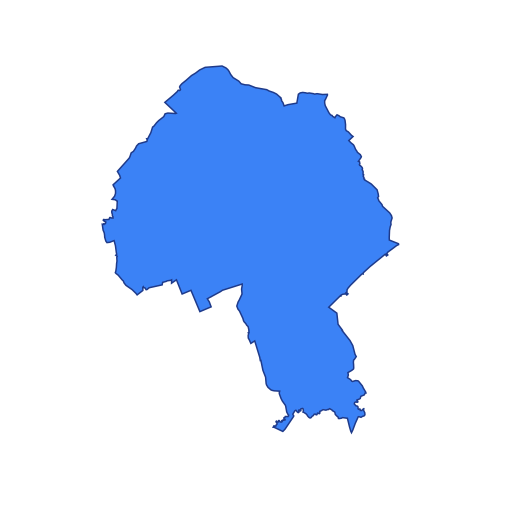 the district of Tauteu, Bihor, Romania, rotated 165°
{"feature_id": "2599482B27968189683607", "entity_name": "Tauteu", "entity_type": "district", "adm_level": 2, "iso_a3": "ROU", "parent_name": "Romania", "parent_adm1": "Bihor", "projection": "mercator", "projection_center": [22.342, 47.279], "detail": "fine", "context": "isolated", "style": "filled", "palette": "blue", "viewbox_px": 512, "rotation_deg": 165, "n_neighbors": 0, "source": "geoboundaries", "source_scale": "gbopen_adm2", "svg_char_len": 6026}
<svg xmlns="http://www.w3.org/2000/svg" viewBox="0 0 512 512"><g transform="rotate(165 256 256)"><path d="M396.2,276.3L395.7,275.3L394.1,273.2L391.5,267.6L390.6,266.2L390.4,264.1L389.2,261.3L384.3,255.5L381.6,250.9L380.9,249.2L374.2,252.0L373.5,255.0L372.8,255.5L372.6,254.5L371.5,253.9L370.9,251.9L370.0,251.8L367.4,253.0L354.1,252.4L353.0,254.7L349.4,254.7L348.1,255.0L344.9,254.6L343.7,254.8L344.6,251.6L339.0,253.6L337.2,238.4L327.7,239.7L324.6,216.8L312.5,218.5L313.0,223.8L314.1,227.3L299.5,230.8L297.3,231.6L276.6,232.5L276.9,231.2L278.5,227.8L279.2,223.5L279.5,222.7L283.6,217.8L285.2,216.2L287.5,212.6L287.2,209.4L286.2,207.1L284.8,199.1L284.8,196.7L284.5,195.5L283.4,193.4L282.9,191.6L281.9,189.9L282.0,186.8L282.6,183.8L283.3,183.9L283.3,182.8L284.2,181.1L284.7,178.7L284.2,176.8L283.7,173.6L283.6,172.9L279.2,174.3L278.6,157.1L278.9,153.9L278.3,153.9L278.9,143.8L278.1,136.5L279.2,130.3L279.2,128.8L278.4,126.0L276.3,122.9L275.3,122.1L273.4,121.1L268.1,119.3L269.0,117.7L269.1,116.7L268.7,111.9L268.1,109.1L266.3,104.3L266.2,103.2L266.7,97.4L266.0,94.1L265.7,93.9L266.0,93.0L266.6,92.6L269.2,93.4L269.6,92.8L270.8,92.6L271.2,91.4L270.2,90.7L270.3,90.2L272.1,90.2L272.8,90.6L273.7,90.3L273.8,89.9L273.5,89.5L273.9,89.1L275.0,89.1L275.5,89.4L275.9,90.5L276.4,91.2L276.8,91.1L277.2,90.0L277.7,89.9L278.5,90.4L278.8,91.2L279.3,91.1L279.6,90.7L279.0,88.7L279.3,88.0L280.5,87.4L280.7,86.7L281.3,86.6L282.6,87.3L283.7,86.2L282.9,85.9L275.5,79.6L272.8,81.2L261.1,91.4L260.9,92.1L261.4,93.3L261.2,93.9L258.5,96.4L257.7,96.7L257.2,96.5L256.6,94.8L255.8,93.8L255.1,93.9L254.8,94.3L254.8,95.4L254.5,96.1L254.0,96.1L253.4,94.9L253.1,94.8L252.7,95.0L252.5,96.1L252.1,96.8L250.4,96.7L250.2,96.5L250.1,95.9L250.2,94.6L251.0,93.0L250.3,92.6L248.6,90.7L248.0,89.7L247.5,88.0L246.7,86.5L246.1,85.8L245.4,85.5L244.7,85.6L243.2,86.7L242.0,87.0L240.8,88.1L239.7,88.0L239.0,87.0L238.2,87.0L237.3,88.3L236.8,88.3L235.8,87.3L235.0,87.7L234.6,89.4L232.5,89.7L231.8,90.1L231.0,90.2L228.6,89.1L227.7,89.0L226.8,89.2L225.6,88.9L224.9,89.4L224.4,89.5L222.4,87.5L222.2,86.7L221.6,86.3L220.3,84.8L220.4,82.4L219.1,80.1L218.6,79.5L218.4,79.1L218.4,77.7L217.7,77.4L215.4,77.2L214.2,77.5L209.7,75.6L209.9,66.6L209.8,62.2L209.5,60.6L207.5,62.9L203.4,68.7L198.9,74.2L198.2,74.2L196.3,73.0L194.8,73.5L192.9,73.6L191.9,74.4L191.5,76.4L192.0,79.1L191.6,80.5L190.7,80.8L192.2,80.4L193.9,79.4L195.2,79.8L195.1,80.7L195.3,81.4L196.6,81.4L197.0,82.0L196.7,82.9L196.6,84.3L197.0,84.8L198.2,85.4L199.3,87.5L199.1,88.3L198.5,89.0L197.4,89.2L196.1,88.5L195.4,88.7L195.3,89.2L195.9,90.3L195.8,90.8L193.1,91.1L192.2,91.4L191.1,93.3L187.4,93.8L186.0,95.4L185.3,95.2L185.2,95.9L186.6,101.0L186.9,103.0L189.3,108.4L189.9,109.1L192.0,109.9L195.2,109.8L196.0,110.4L196.3,111.4L196.9,112.4L199.1,114.8L197.6,117.1L197.4,119.6L193.2,120.7L191.1,121.6L190.6,122.5L189.8,126.0L189.5,127.9L188.8,129.9L188.4,130.4L187.8,130.6L185.2,132.9L185.8,135.4L185.7,144.4L187.1,150.0L192.1,161.7L191.7,161.9L194.4,168.8L192.7,179.9L199.0,187.7L184.9,195.7L184.4,195.3L184.2,195.4L184.4,196.0L183.8,196.3L182.0,196.6L180.1,196.3L179.0,196.9L178.7,196.5L179.2,196.2L178.4,194.8L176.9,195.6L177.8,197.1L178.3,196.8L178.6,197.2L177.4,197.9L176.8,199.8L175.5,201.1L172.3,203.3L159.3,210.7L157.9,211.3L157.1,210.9L157.0,211.7L156.6,212.1L148.6,216.3L130.7,224.3L130.4,223.9L130.6,223.9L130.0,222.3L128.4,222.9L129.1,224.5L127.7,225.6L117.4,229.7L115.3,230.1L115.2,231.0L123.1,236.9L122.6,239.1L120.4,246.2L118.8,249.5L117.4,251.5L117.2,253.1L116.8,254.2L114.7,257.5L114.7,260.0L115.7,263.0L120.9,271.2L121.0,273.0L123.1,277.7L123.1,279.1L123.5,280.7L122.2,281.8L121.9,284.4L121.9,288.6L126.0,295.7L131.4,301.4L131.2,302.0L131.7,302.3L131.7,303.2L131.5,303.3L131.4,304.1L131.8,304.9L131.7,305.6L131.0,306.5L131.0,306.8L131.4,307.0L131.4,307.5L130.7,309.7L130.8,310.7L131.0,311.2L131.1,312.0L130.6,312.5L130.5,313.3L130.6,314.1L131.7,316.2L132.4,316.7L132.5,317.5L131.8,318.2L131.6,320.2L132.6,320.9L129.1,323.9L128.5,324.7L129.0,326.9L131.2,329.9L131.5,331.3L132.2,333.2L132.7,336.8L133.1,338.2L135.0,340.8L136.5,343.5L131.3,346.3L132.5,347.8L134.7,352.0L136.3,353.6L136.6,354.7L136.7,355.4L135.5,359.7L134.9,364.0L135.0,365.3L135.4,366.7L138.6,368.7L139.6,370.1L141.2,371.4L143.3,370.0L144.0,369.1L145.9,371.1L146.1,372.0L147.2,372.8L147.6,373.3L148.5,375.5L150.2,383.3L150.1,385.9L149.4,388.5L148.7,388.9L145.3,393.0L145.2,393.7L150.0,394.8L155.0,397.0L157.5,397.2L158.4,397.9L162.4,399.7L164.3,399.9L165.9,400.8L168.5,401.9L171.1,402.1L173.2,401.3L177.0,393.1L185.9,393.9L190.0,393.7L190.3,397.2L191.1,399.4L190.9,400.8L191.3,402.0L191.0,402.2L194.2,407.1L196.9,409.5L200.5,411.9L202.6,413.9L212.9,418.7L218.7,423.0L222.3,424.2L225.8,426.2L227.4,429.4L232.0,434.3L233.5,438.0L234.3,441.5L235.0,443.4L236.4,445.5L239.6,448.3L256.3,451.4L262.2,450.3L267.1,448.3L271.6,447.0L278.0,443.8L282.8,441.7L285.1,440.2L286.1,439.0L285.8,436.5L286.2,435.9L287.0,435.6L287.5,436.1L288.4,436.2L289.3,435.3L294.2,432.7L304.3,428.0L296.0,414.5L296.7,414.4L304.2,416.9L307.0,416.9L309.0,414.5L314.9,412.0L317.5,410.5L321.1,407.8L322.5,407.3L325.7,402.3L330.0,397.6L330.7,397.3L331.2,397.5L331.1,396.8L330.8,396.6L331.8,394.9L340.3,394.8L342.9,393.2L344.5,391.3L347.3,388.8L349.9,387.9L351.9,384.8L353.1,383.4L368.0,373.6L366.8,369.2L366.7,366.4L375.6,361.8L375.4,360.9L375.6,360.8L374.7,357.5L374.8,355.3L375.5,352.8L377.1,350.4L380.4,348.0L377.3,346.7L376.1,345.0L375.8,344.9L378.1,337.7L378.8,337.3L379.8,336.1L382.4,338.0L383.7,336.7L384.1,334.9L383.9,333.8L384.3,331.9L384.0,331.1L384.3,329.7L386.2,330.3L386.6,330.8L387.3,331.0L388.6,329.4L392.2,330.1L393.8,330.7L394.3,330.1L393.7,329.3L393.6,328.8L392.6,328.2L392.2,327.7L392.9,326.8L393.0,326.3L393.7,326.2L394.8,326.5L394.9,325.9L396.3,326.5L397.0,320.6L396.6,317.7L396.9,315.1L397.3,313.3L397.2,309.3L396.5,307.5L393.7,307.1L389.1,307.6L389.1,306.9L389.1,302.3L390.0,295.6L390.1,293.7L391.3,293.0L390.1,291.7L390.8,290.8L391.6,287.1L392.6,284.8L393.8,281.2L395.3,277.7L396.2,276.3Z" fill="#3b82f6" stroke="#1e3a8a" stroke-width="1.5"/></g></svg>